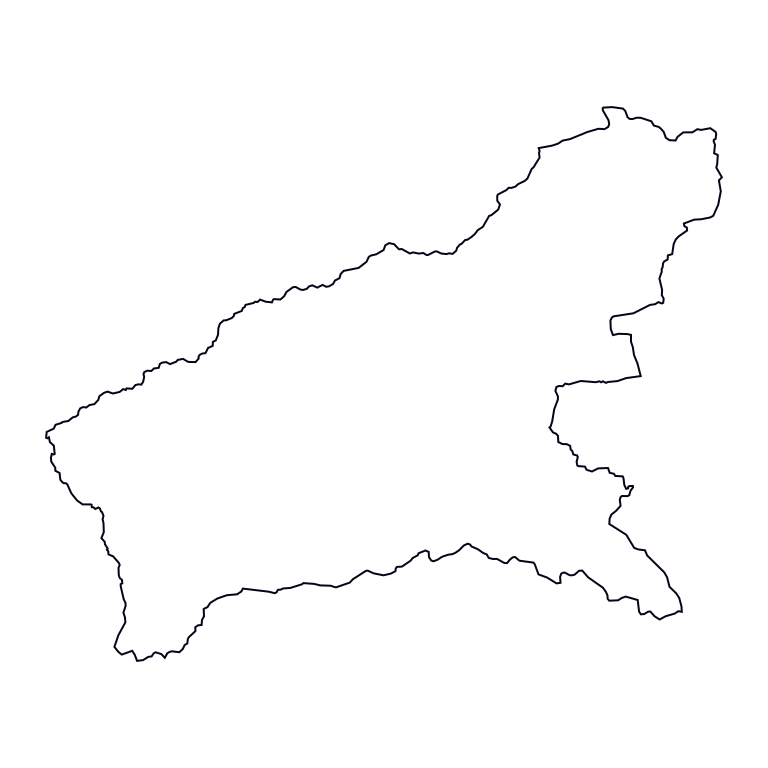 Erati, Nampula, Mozambique
{"feature_id": "85939544B1665883546251", "entity_name": "Erati", "entity_type": "district", "adm_level": 2, "iso_a3": "MOZ", "parent_name": "Mozambique", "parent_adm1": "Nampula", "projection": "albers", "projection_center": [39.844, -13.887], "detail": "fine", "context": "isolated", "style": "outline", "palette": "ink", "viewbox_px": 768, "rotation_deg": 0, "n_neighbors": 0, "source": "geoboundaries", "source_scale": "gbopen_adm2", "svg_char_len": 6070}
<svg xmlns="http://www.w3.org/2000/svg" viewBox="0 0 768 768"><path d="M126.5,388.4L125.8,390.0L123.2,389.1L119.7,391.9L112.9,393.5L107.5,391.6L104.1,392.8L99.4,396.2L98.3,399.9L94.4,404.1L89.4,405.1L86.3,407.5L82.9,407.1L80.2,408.4L78.4,411.7L78.1,414.8L75.8,416.6L72.7,417.4L68.3,421.0L62.4,422.0L61.7,422.9L55.5,424.8L53.8,428.6L46.7,431.9L46.1,437.8L47.5,438.3L48.9,437.3L49.9,442.1L53.8,445.6L54.7,453.9L53.7,454.5L51.8,453.9L50.9,457.9L51.3,461.7L55.2,467.6L55.4,470.8L59.6,473.0L60.3,479.6L61.6,481.4L63.3,483.0L66.3,483.4L67.4,484.6L71.3,493.3L77.1,500.5L82.6,504.4L90.9,504.4L91.6,504.8L91.8,507.2L93.5,507.3L95.2,509.0L98.4,507.5L99.9,508.5L101.0,511.4L102.1,512.2L103.5,516.0L102.6,519.2L103.5,523.1L103.8,532.2L101.4,538.1L104.8,542.0L104.9,544.1L107.7,548.7L106.9,549.7L108.2,551.1L108.5,554.4L113.1,556.3L119.0,563.1L119.7,565.1L118.5,567.8L118.8,575.2L119.7,577.9L122.0,580.0L122.3,583.3L120.7,584.1L120.7,586.2L123.7,599.2L125.5,603.0L125.6,606.0L123.4,612.6L124.9,617.1L125.4,622.3L118.4,635.2L114.4,646.9L118.4,651.9L121.8,654.6L132.2,650.8L134.7,654.7L137.1,660.9L143.1,660.1L148.2,656.9L151.6,656.4L153.7,653.3L155.6,652.3L161.4,654.1L164.8,657.8L167.3,653.3L169.6,651.9L171.9,651.3L179.4,652.2L182.8,649.0L184.7,645.0L187.3,643.5L187.9,638.8L188.9,637.1L195.4,631.1L195.3,627.2L198.1,625.3L201.6,625.0L202.0,619.9L204.0,616.3L203.7,608.9L207.5,607.1L210.3,602.8L217.4,598.5L226.9,595.2L237.1,594.3L241.3,591.5L242.9,588.6L268.8,591.7L274.8,593.2L276.7,592.2L277.8,589.9L280.9,589.6L282.9,588.5L290.5,587.9L301.9,584.3L303.4,583.1L314.1,583.9L320.3,585.4L330.4,585.7L335.9,587.4L349.8,582.6L352.9,579.2L365.9,570.9L367.7,570.6L373.5,573.3L383.5,575.3L390.9,573.6L395.4,571.2L395.8,568.4L396.9,566.9L401.9,566.6L410.6,560.7L412.7,558.0L417.7,555.3L418.6,553.2L425.5,550.5L428.7,551.9L429.0,557.2L431.2,560.5L433.5,561.3L437.8,559.6L442.0,556.8L448.2,554.7L452.6,554.1L455.5,552.7L459.2,550.2L463.8,545.5L467.6,543.7L469.9,544.4L471.6,546.5L478.2,549.4L483.0,552.9L486.7,554.4L488.8,558.0L493.2,559.0L497.0,558.9L504.4,563.0L507.1,563.1L510.0,559.5L512.7,557.4L515.1,557.0L519.4,560.7L533.5,562.6L534.8,564.4L538.5,574.4L547.0,577.5L556.6,583.4L560.5,582.8L560.1,576.9L561.2,573.7L563.1,572.7L565.0,572.7L569.6,575.2L572.1,575.3L574.7,574.6L579.0,570.8L582.3,570.6L588.1,577.3L602.9,587.7L606.0,592.0L607.5,595.6L607.6,598.7L609.3,600.7L618.1,600.3L621.7,598.0L625.7,596.6L637.7,600.0L639.1,611.8L640.9,614.3L644.1,614.1L648.1,611.7L650.3,611.5L654.6,616.3L659.6,619.5L665.7,616.2L674.7,613.6L678.3,611.2L681.8,611.8L681.5,606.5L679.2,597.9L676.1,593.2L669.5,586.8L667.1,577.3L664.3,572.4L647.1,555.4L645.0,550.3L638.2,549.4L634.2,547.9L626.3,534.8L609.3,524.0L609.6,518.8L611.3,514.6L616.0,510.9L620.6,505.8L619.8,500.0L620.5,497.3L621.9,496.0L627.5,496.1L629.3,495.2L630.5,490.8L633.0,487.4L632.8,485.9L629.3,486.1L628.1,487.0L628.1,488.4L626.1,488.8L624.3,484.9L623.5,478.2L622.7,476.4L615.2,475.9L614.0,473.8L609.7,472.8L608.0,468.0L598.1,468.4L592.0,471.5L586.6,469.8L584.9,466.6L578.3,466.1L577.3,465.4L576.6,461.9L577.8,457.0L577.0,455.4L573.4,454.5L572.3,451.2L570.6,449.3L570.2,445.9L566.9,444.2L562.3,444.0L558.3,442.0L558.0,435.9L556.2,433.8L552.9,432.3L549.5,427.5L550.6,426.5L552.2,421.4L554.2,409.3L557.9,399.5L557.9,396.4L555.4,390.9L556.4,387.0L558.9,386.0L562.7,386.2L565.2,383.6L569.0,384.4L580.7,381.0L595.9,382.2L599.3,381.3L601.2,382.3L602.8,381.3L606.0,382.9L607.8,382.0L617.4,381.1L626.1,378.1L640.7,376.1L637.5,363.6L634.0,355.0L632.8,347.1L631.0,341.7L631.0,334.9L627.6,334.1L618.6,333.8L613.0,335.1L610.8,329.2L610.4,320.5L612.0,317.4L613.8,316.3L633.4,313.3L650.0,304.9L655.1,304.2L658.3,302.1L661.9,303.5L663.2,302.8L663.7,298.7L661.8,295.2L662.1,290.0L659.4,278.4L661.8,271.6L661.6,269.2L662.6,267.2L663.1,263.3L664.1,261.5L667.6,259.5L667.9,255.4L672.2,254.1L673.7,244.0L675.8,239.4L678.8,236.3L687.1,230.5L686.8,227.5L684.4,226.2L683.9,223.5L694.3,219.6L700.8,219.3L710.1,217.5L713.1,215.9L713.8,214.6L718.2,204.8L720.8,191.3L718.9,180.4L721.9,177.3L716.3,167.6L717.2,164.1L717.8,155.0L714.1,153.3L715.0,144.8L713.6,141.2L713.9,139.8L715.6,138.9L716.2,134.0L715.6,131.9L710.3,128.2L701.2,129.9L697.3,129.2L692.5,132.3L683.2,132.4L677.5,136.9L675.6,140.5L669.5,140.2L665.8,137.7L663.7,131.9L661.0,128.8L658.7,126.9L653.9,125.6L651.4,121.3L640.7,117.8L636.7,117.7L632.3,119.1L629.4,118.8L627.5,117.1L625.3,111.0L623.0,108.6L612.2,107.1L603.3,107.6L602.6,108.3L602.9,110.4L608.5,120.2L609.2,124.1L608.2,126.9L604.6,129.1L598.3,128.8L587.4,132.0L570.0,139.1L562.6,140.6L558.1,143.6L552.2,145.6L538.7,148.1L539.6,151.0L539.0,153.1L539.6,157.5L533.6,167.2L531.7,168.9L527.4,178.6L524.6,181.0L518.3,184.0L515.4,186.6L511.4,187.9L508.6,187.8L506.5,190.0L497.9,194.5L497.2,196.0L497.3,200.8L500.0,204.5L498.2,209.6L491.2,215.3L489.2,215.8L482.9,226.8L477.6,230.3L474.9,234.0L471.4,237.0L467.5,239.7L465.2,240.0L461.6,243.8L459.8,244.6L457.1,247.8L456.2,250.7L452.6,253.9L448.9,253.3L446.5,254.1L441.2,253.5L436.8,251.4L434.8,251.5L428.0,255.0L426.5,255.0L423.3,253.0L418.9,253.6L413.0,252.4L409.9,253.5L401.7,249.0L399.0,249.3L394.1,244.2L389.1,243.1L385.3,245.3L383.6,250.0L376.5,254.2L370.8,255.6L368.8,256.9L366.5,261.8L358.6,267.9L343.6,270.9L340.6,274.1L339.5,278.2L335.0,280.5L333.0,284.0L329.1,286.3L326.2,286.8L322.6,284.9L317.3,287.6L312.2,285.3L308.9,286.5L306.9,288.8L302.9,290.0L300.0,289.4L295.8,287.0L293.0,287.2L286.4,292.0L284.2,296.2L280.4,299.5L274.2,299.1L273.2,299.5L271.9,302.4L265.7,301.7L260.1,299.6L257.6,302.0L255.1,301.7L253.5,303.0L245.5,304.9L244.7,307.1L242.8,308.1L241.8,310.9L234.2,313.9L233.7,316.2L231.7,318.1L226.1,320.3L223.7,320.4L219.9,323.7L218.4,328.1L218.0,334.8L215.8,340.4L212.9,341.9L212.7,345.9L208.1,347.9L205.5,353.1L202.1,353.6L199.6,354.9L198.5,356.9L198.7,358.5L195.5,362.1L188.2,361.9L183.1,358.9L177.7,359.9L176.4,361.6L170.0,364.1L166.2,362.1L162.2,362.6L159.9,363.9L158.7,367.8L153.9,368.5L151.3,371.0L147.2,370.7L144.3,372.1L143.5,374.0L144.2,377.0L143.1,381.9L141.3,384.6L138.6,384.3L135.5,385.0L132.3,388.8L126.5,388.4Z" fill="none" stroke="#020617" stroke-width="2"/></svg>